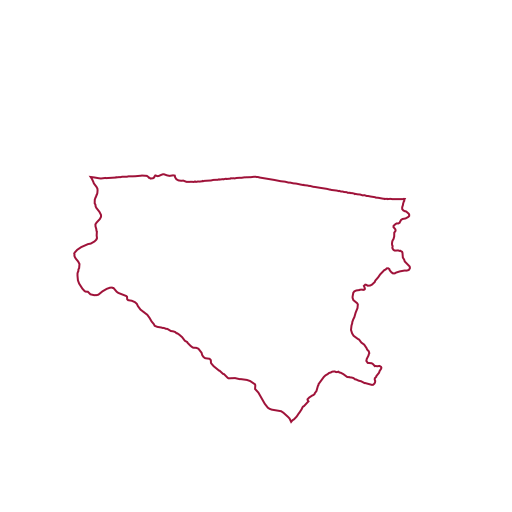 outline of Morales, Izabal, Guatemala, rotated 224°
{"feature_id": "79465075B97649712901036", "entity_name": "Morales", "entity_type": "district", "adm_level": 2, "iso_a3": "GTM", "parent_name": "Guatemala", "parent_adm1": "Izabal", "projection": "robinson", "projection_center": [-88.797, 15.422], "detail": "fine", "context": "isolated", "style": "outline", "palette": "rose", "viewbox_px": 512, "rotation_deg": 224, "n_neighbors": 0, "source": "geoboundaries", "source_scale": "gbopen_adm2", "svg_char_len": 6116}
<svg xmlns="http://www.w3.org/2000/svg" viewBox="0 0 512 512"><g transform="rotate(224 256 256)"><path d="M115.5,161.1L115.6,162.0L115.6,162.4L115.6,163.0L115.6,163.5L115.5,163.8L115.3,164.5L115.2,165.0L115.2,165.5L115.2,167.1L115.2,168.1L115.2,168.5L115.3,169.2L115.4,169.9L115.8,171.9L116.1,174.3L116.4,175.7L116.7,177.4L117.0,178.2L117.2,178.8L117.4,179.4L117.5,179.8L117.5,180.1L117.5,180.6L117.2,181.3L117.3,186.6L117.3,187.2L117.3,187.9L117.8,188.0L118.3,188.0L118.9,188.4L119.4,188.7L119.4,191.2L118.6,194.8L118.1,195.9L118.0,197.4L118.4,198.2L118.7,200.8L119.7,202.7L121.2,205.5L121.5,206.7L122.0,207.3L123.2,216.1L123.1,218.4L122.4,220.8L122.2,222.6L121.2,224.3L121.1,225.1L120.5,226.2L119.1,227.7L118.2,227.9L117.2,228.6L116.3,230.1L115.1,230.1L113.9,230.9L111.1,231.7L106.4,232.3L105.4,233.0L105.0,233.6L104.3,233.8L102.8,235.0L101.1,235.9L99.0,236.1L98.3,236.7L95.6,237.6L93.4,238.9L89.6,240.0L89.3,240.4L83.1,243.8L82.3,244.7L82.2,246.4L82.5,247.6L83.4,248.9L84.7,249.5L85.6,250.6L85.6,252.6L86.0,253.2L86.4,257.5L87.2,259.2L87.7,261.9L88.3,262.8L89.1,263.1L90.8,262.7L92.2,260.9L93.8,259.8L94.0,259.3L96.7,259.5L98.3,259.2L101.4,256.7L103.8,257.2L104.1,257.8L104.8,258.8L106.0,262.7L106.5,263.4L107.0,264.8L108.7,265.8L111.1,265.9L112.4,266.5L116.6,267.4L120.1,266.9L123.8,267.5L125.1,267.1L130.4,266.4L133.1,267.1L136.3,268.8L139.0,272.3L140.1,274.5L140.8,275.3L142.0,277.9L142.8,280.4L145.0,284.5L146.8,289.0L149.1,291.9L150.4,292.3L155.3,291.9L157.5,293.0L158.4,294.0L160.5,297.2L160.7,298.9L159.9,300.9L157.9,303.4L157.8,303.9L156.5,305.4L155.3,306.1L154.7,307.1L154.8,308.0L155.5,308.3L156.0,308.8L157.6,309.4L157.5,311.3L156.4,312.0L155.2,312.1L154.3,313.0L153.4,314.0L152.7,315.9L152.5,319.8L153.1,321.2L153.3,325.5L153.9,329.0L153.9,335.2L153.4,336.0L153.3,338.0L152.3,339.0L151.0,339.2L149.8,338.6L146.8,338.3L146.3,338.6L145.4,338.6L144.1,339.9L143.7,341.4L141.8,344.9L139.0,348.8L137.5,350.1L136.4,352.0L136.7,353.9L137.5,354.8L138.3,355.2L145.2,355.4L146.9,356.3L149.3,356.9L152.8,360.0L153.8,360.5L154.5,360.3L155.9,360.0L156.2,359.4L157.7,358.7L158.4,357.9L159.9,356.3L161.2,355.9L162.3,356.1L162.9,356.2L163.4,356.5L163.8,356.8L164.1,357.4L164.7,358.1L165.8,358.5L166.9,359.5L168.0,361.0L168.5,362.0L168.9,363.8L170.2,366.1L172.8,368.9L173.0,370.7L173.5,371.5L174.4,372.0L177.2,372.3L178.0,373.3L177.8,376.0L177.4,377.2L176.2,378.3L175.8,379.8L176.1,380.4L176.7,382.8L176.3,384.4L174.5,386.9L173.6,389.9L173.6,391.1L174.3,392.0L175.4,392.5L178.0,392.4L179.4,392.2L179.8,391.7L181.6,391.1L183.4,391.3L184.7,392.6L185.8,394.9L186.5,395.8L187.6,398.0L187.6,398.5L188.5,399.7L188.7,400.3L189.5,399.6L189.6,399.2L192.5,396.4L197.3,391.7L199.0,390.5L201.0,388.2L201.4,388.2L203.0,386.5L203.2,386.2L203.6,386.2L204.4,385.5L208.5,382.8L210.4,381.2L211.2,381.0L215.0,378.3L217.1,377.0L218.0,376.1L220.2,375.1L221.4,373.7L223.9,372.5L225.8,370.9L227.7,369.7L227.9,369.2L228.5,369.2L230.4,368.1L232.0,366.7L232.4,366.7L233.9,365.2L234.6,365.0L235.1,364.9L237.1,363.2L238.4,362.6L239.7,361.4L241.3,360.7L241.5,360.2L243.3,359.2L245.4,357.6L247.9,355.7L248.5,355.5L249.2,354.9L249.8,354.6L251.7,353.5L257.5,349.4L261.7,346.5L262.8,345.6L265.9,343.9L266.4,343.3L267.9,342.5L270.7,340.3L271.1,340.3L271.4,339.8L273.8,338.2L274.2,338.0L277.4,336.0L279.6,334.2L282.3,332.6L283.6,331.4L286.8,329.6L290.1,327.0L295.7,323.4L308.3,314.7L308.6,314.7L309.9,313.8L310.3,313.3L311.5,312.6L312.9,311.1L314.3,309.3L319.0,304.5L320.8,302.1L322.2,300.8L324.2,298.6L325.3,296.9L326.2,296.3L326.7,295.7L328.1,294.4L328.2,293.8L329.7,292.1L330.8,290.8L331.3,290.7L332.8,288.4L333.2,288.3L335.5,285.4L335.9,285.4L336.5,284.2L339.1,281.6L339.8,280.7L340.8,279.1L345.4,274.1L346.1,272.9L346.6,272.8L346.7,272.3L348.2,270.4L349.6,269.2L350.1,268.3L350.8,267.5L351.2,267.5L351.7,267.2L352.1,266.1L353.5,265.0L357.4,261.1L360.7,259.7L362.0,258.2L364.3,256.5L366.6,255.9L368.8,256.4L370.3,257.4L371.7,256.4L373.8,253.6L376.0,252.2L378.9,250.9L379.7,250.2L380.5,248.6L381.5,246.1L382.2,245.1L382.7,244.8L383.3,244.5L384.0,244.3L384.4,244.0L384.2,242.4L383.8,241.8L384.0,240.6L384.4,240.0L385.7,238.4L386.9,238.3L387.3,237.9L388.1,238.1L390.2,237.8L394.0,234.6L394.3,234.1L398.6,229.1L403.0,224.8L403.9,223.4L407.3,220.1L408.4,218.4L409.3,217.6L411.0,215.6L411.3,215.5L411.3,215.1L413.7,212.5L418.0,207.8L418.5,207.6L421.4,204.0L423.0,202.8L426.7,200.3L429.8,198.0L428.9,197.8L427.7,197.5L424.7,196.4L423.1,195.6L418.7,194.9L416.9,194.3L415.6,193.2L413.8,191.0L413.0,189.4L413.1,189.0L412.2,187.5L412.2,186.9L411.1,184.5L408.6,181.8L407.2,181.4L405.7,180.2L404.3,179.7L399.3,179.0L396.1,177.9L395.4,177.3L394.7,176.5L394.0,174.1L393.9,169.2L393.5,167.2L392.0,165.8L389.7,164.5L388.1,163.2L387.5,163.1L384.9,160.1L382.8,158.4L382.4,157.7L382.5,157.2L382.2,156.7L382.3,154.2L383.5,150.1L385.1,147.9L387.9,141.0L388.9,136.3L388.8,132.6L388.5,131.5L387.5,130.9L386.8,130.0L385.3,129.3L383.6,128.9L380.1,128.5L377.4,127.6L374.8,124.4L374.4,123.0L373.3,121.7L373.0,120.8L372.4,119.6L370.8,117.9L367.2,114.8L364.1,113.3L358.2,111.9L354.8,111.7L353.7,112.1L352.1,113.5L348.5,113.4L345.2,115.4L343.5,117.1L342.5,118.7L341.9,123.9L340.5,128.8L339.0,131.8L337.6,133.3L336.8,133.5L336.3,134.0L331.4,133.5L329.4,133.8L321.5,137.1L320.5,137.1L318.6,135.4L317.3,135.4L314.3,137.5L311.0,138.7L308.5,138.8L306.1,137.9L301.8,137.2L293.3,138.2L289.5,137.5L285.7,136.4L282.1,136.0L280.4,135.4L277.7,136.5L274.4,138.8L273.3,139.3L272.5,140.1L271.0,140.8L270.3,141.0L269.1,142.0L265.1,142.9L263.9,143.8L262.8,144.5L261.2,145.2L259.5,145.2L259.0,145.7L256.5,146.1L252.7,146.3L248.3,145.6L245.7,146.3L244.9,146.0L240.7,145.9L238.7,146.1L237.5,146.4L235.1,148.5L233.0,149.3L228.0,148.6L225.7,147.3L223.6,146.9L221.8,147.1L221.0,147.6L218.0,149.8L216.2,149.7L215.5,149.1L214.1,147.8L213.1,147.6L209.9,147.3L202.9,147.9L202.5,148.2L197.8,148.3L197.0,148.8L191.7,148.7L190.7,149.0L186.3,153.6L182.3,156.0L181.4,156.9L176.5,160.5L173.3,162.0L167.5,163.0L166.5,162.3L164.3,159.7L159.4,159.4L147.1,155.8L142.1,155.1L140.1,155.5L138.0,156.4L130.1,161.8L127.3,162.3L121.3,162.5L119.0,162.4L115.5,161.1Z" fill="none" stroke="#9f1239" stroke-width="2"/></g></svg>